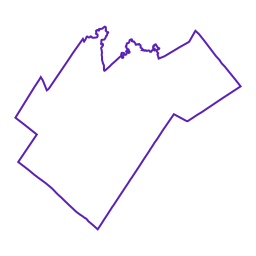 outline of Crevenicu, Teleorman, Romania
{"feature_id": "2599482B13344453744319", "entity_name": "Crevenicu", "entity_type": "district", "adm_level": 2, "iso_a3": "ROU", "parent_name": "Romania", "parent_adm1": "Teleorman", "projection": "natural_earth1", "projection_center": [25.564, 44.229], "detail": "fine", "context": "isolated", "style": "outline", "palette": "violet", "viewbox_px": 256, "rotation_deg": 0, "n_neighbors": 0, "source": "geoboundaries", "source_scale": "gbopen_adm2", "svg_char_len": 5281}
<svg xmlns="http://www.w3.org/2000/svg" viewBox="0 0 256 256"><path d="M97.7,229.3L97.9,228.9L99.4,226.9L100.2,225.6L102.3,222.4L103.6,220.3L107.5,214.4L110.7,209.4L112.4,206.7L113.0,206.0L121.9,192.5L122.7,191.3L125.4,187.2L128.8,182.1L129.4,181.1L130.6,179.2L131.1,178.4L131.7,177.8L132.3,176.8L134.0,174.2L135.1,172.6L141.0,163.6L143.6,159.5L149.4,150.8L150.0,149.7L153.2,144.9L153.9,143.7L154.1,143.3L157.2,139.0L163.0,130.0L173.9,114.2L186.3,120.9L187.4,121.2L187.6,121.2L192.8,117.8L197.3,114.8L200.2,113.1L202.3,111.8L202.6,111.6L206.4,109.0L217.3,101.7L223.4,97.6L240.6,86.4L235.9,80.3L229.3,72.2L224.4,66.1L224.0,65.8L222.6,64.3L221.7,63.4L219.5,60.0L216.1,56.3L204.4,40.9L198.9,34.0L195.4,30.8L189.3,41.5L188.5,42.2L180.1,46.9L164.6,56.2L158.7,58.6L158.4,57.8L158.3,57.4L158.3,56.4L158.2,56.2L157.9,55.8L157.7,55.4L157.5,54.5L157.6,54.2L158.1,53.8L158.2,53.6L158.2,53.3L158.2,53.1L157.5,52.6L157.4,52.4L157.0,51.6L156.7,50.8L156.7,50.4L156.7,50.2L156.8,50.0L157.1,49.8L158.0,49.5L158.5,49.3L159.1,48.9L159.2,48.7L159.3,48.3L159.0,48.1L158.1,47.8L157.7,47.6L157.3,46.8L157.0,46.2L156.5,45.8L156.0,44.7L155.7,44.3L155.4,44.3L155.2,44.7L155.2,44.8L154.2,45.1L154.1,45.3L154.1,45.8L154.0,46.0L153.5,46.0L153.3,46.1L153.1,47.3L153.1,47.5L153.4,48.0L153.8,48.4L154.1,48.5L154.4,48.6L154.7,48.7L154.8,48.9L154.9,49.7L154.9,50.4L154.8,50.5L154.6,50.5L153.8,50.0L153.4,49.4L153.2,49.2L152.9,49.3L152.7,49.6L152.7,49.9L151.6,50.9L151.5,51.0L151.5,51.4L151.4,51.5L150.9,51.9L150.5,51.9L150.1,51.8L149.5,50.9L149.1,50.6L148.7,50.4L148.1,50.5L147.5,50.8L146.5,50.9L146.3,50.9L146.0,50.4L145.9,50.4L145.5,50.3L144.8,50.6L144.3,50.7L144.0,50.6L143.9,50.5L143.9,50.0L143.8,49.9L143.6,49.8L143.2,50.1L142.6,50.3L142.2,50.2L142.7,49.8L142.8,49.6L142.7,49.4L142.2,48.9L142.1,48.6L141.6,48.2L140.9,47.8L140.6,47.6L140.5,47.3L140.7,46.5L140.7,46.1L140.6,45.7L140.4,45.2L140.0,44.7L139.6,44.5L139.0,44.6L138.7,44.6L138.7,44.1L138.2,44.2L137.7,44.3L136.9,44.4L136.1,44.8L135.8,44.8L135.7,44.7L135.7,44.3L135.6,44.0L135.4,43.7L135.2,43.1L134.9,42.8L134.7,42.6L134.3,42.2L134.0,41.6L133.8,41.4L132.4,41.4L132.0,41.3L131.9,41.2L131.8,40.9L132.0,40.4L132.0,40.0L131.9,39.7L131.8,39.4L131.5,39.3L130.8,39.5L130.0,39.9L129.7,40.2L129.6,40.3L129.6,40.5L129.5,41.0L129.3,41.7L129.2,42.1L129.0,42.4L128.8,42.7L128.3,43.0L127.2,43.2L126.8,43.5L126.7,43.8L126.7,44.3L126.6,45.0L126.4,45.6L125.9,46.1L125.8,46.3L125.9,46.6L125.9,46.8L126.4,47.1L126.5,47.2L126.7,48.5L126.9,48.7L127.1,49.0L128.1,49.2L128.4,49.3L128.5,49.4L128.6,49.5L128.6,50.2L129.6,52.0L129.5,52.5L129.1,52.8L128.8,52.9L128.5,52.9L128.4,52.7L128.6,51.7L128.5,51.4L127.9,51.1L127.2,50.9L126.7,50.9L126.4,51.0L126.2,51.2L126.3,51.3L126.4,51.5L127.4,51.7L127.5,51.9L127.4,52.0L126.8,52.5L126.7,52.6L126.6,53.0L126.5,54.0L126.1,54.5L125.9,54.7L125.2,54.8L124.9,54.8L124.4,54.6L124.2,53.9L124.2,53.3L124.0,53.1L123.9,53.0L122.3,52.8L121.7,52.9L121.6,53.1L121.3,54.0L121.2,54.5L121.2,54.8L121.3,54.9L122.8,55.2L123.1,55.4L123.2,55.5L123.2,56.3L123.3,57.1L123.3,57.5L123.2,57.6L122.8,57.9L122.5,57.9L122.2,57.9L122.0,57.7L121.9,57.3L121.8,57.0L121.7,56.9L120.9,56.5L120.5,56.4L120.4,56.5L119.1,57.6L115.6,60.9L111.9,64.1L109.8,66.3L108.2,67.7L105.6,70.0L104.7,70.7L104.5,70.8L104.3,70.7L104.1,70.3L103.9,69.6L103.9,69.0L104.0,68.1L103.9,65.4L103.8,65.0L103.6,64.6L102.9,63.3L102.8,62.6L102.7,62.3L102.4,61.2L102.2,60.5L102.1,60.0L102.0,59.5L102.0,59.0L102.1,57.6L102.1,57.2L101.7,55.2L101.7,54.5L101.8,53.9L102.0,52.8L101.9,52.1L101.8,51.6L101.8,50.7L101.2,48.6L101.2,47.9L101.2,47.7L101.3,47.5L101.8,47.2L102.0,46.9L102.8,45.7L103.0,45.4L103.0,44.8L102.9,44.2L102.6,43.9L102.3,43.9L101.9,44.2L101.6,44.3L101.3,44.2L101.2,44.2L101.1,43.8L101.1,43.6L101.4,42.1L101.3,41.2L101.4,40.5L101.4,40.2L101.6,39.9L102.6,39.8L103.1,39.6L103.8,39.7L104.4,39.5L104.6,39.3L105.8,37.2L105.9,36.7L106.0,36.1L106.7,35.6L107.0,35.3L107.1,34.9L107.1,34.1L107.2,33.9L107.3,33.6L107.9,33.1L108.1,32.8L108.2,32.4L108.1,32.2L107.8,32.2L107.1,32.1L106.1,31.1L105.7,30.7L105.7,30.4L106.0,30.0L106.0,29.8L105.7,28.7L105.9,28.2L105.9,27.8L105.8,27.3L105.2,26.8L104.8,26.7L104.6,26.7L104.2,27.0L103.6,27.4L103.3,27.7L102.7,28.4L102.3,28.6L101.9,28.8L100.1,28.9L99.2,29.1L99.3,29.5L99.1,30.0L99.1,30.5L98.9,30.6L98.7,30.6L98.3,30.5L97.6,30.0L97.2,30.0L96.5,30.4L96.4,30.5L96.0,31.0L96.3,31.7L96.3,32.1L96.3,32.5L96.0,33.4L95.9,33.6L96.0,33.8L96.5,34.1L97.0,34.4L97.4,34.4L97.5,34.5L97.6,34.8L97.6,36.2L97.3,36.9L97.1,37.2L96.8,37.3L95.8,37.6L95.4,37.6L94.7,37.6L93.8,37.8L93.4,37.8L92.3,37.7L91.8,37.0L90.9,36.4L90.5,36.4L90.2,36.6L90.0,37.1L89.9,37.2L89.6,37.4L89.4,37.4L88.6,37.4L88.1,37.2L87.8,37.0L87.3,36.5L87.1,36.5L86.8,36.7L86.3,37.6L85.3,39.8L84.7,40.7L84.1,41.5L82.9,38.9L72.5,53.6L68.5,59.7L63.0,67.8L49.5,87.7L48.7,88.8L48.3,89.2L46.8,90.3L43.5,82.1L42.6,80.0L41.4,78.1L40.8,77.1L39.4,79.5L34.5,86.9L15.4,117.7L24.7,124.9L36.8,134.5L18.2,162.0L28.5,169.9L34.9,175.2L37.1,176.8L38.0,177.6L38.5,177.9L45.5,183.0L51.3,187.8L52.1,188.5L54.8,191.3L56.0,192.6L58.0,194.6L59.7,196.1L61.5,197.7L63.8,200.0L69.4,205.4L71.4,207.2L75.8,211.4L77.2,212.5L80.6,215.0L81.2,215.4L82.1,215.9L84.6,217.8L84.9,218.0L85.3,218.1L86.1,218.6L86.9,219.5L87.2,219.7L87.3,219.7L87.9,220.7L88.4,221.3L93.0,225.1L96.3,228.1L97.7,229.3Z" fill="none" stroke="#5b21b6" stroke-width="2"/></svg>